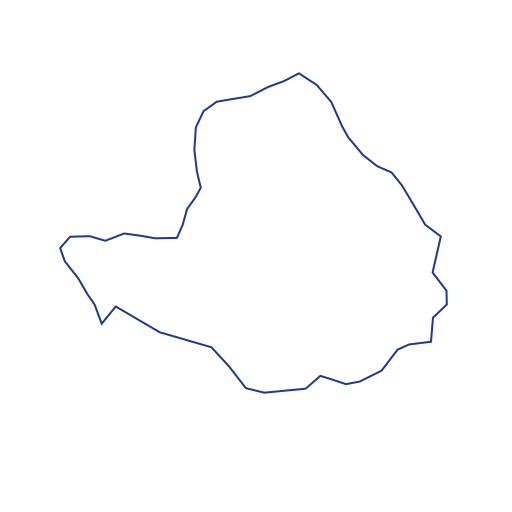 the district of Genagra, Cyprus, rotated 156°
{"feature_id": "46923920B92957944756443", "entity_name": "Genagra", "entity_type": "district", "adm_level": 2, "iso_a3": "CYP", "parent_name": "Cyprus", "parent_adm1": "", "projection": "albers", "projection_center": [33.696, 35.21], "detail": "fine", "context": "isolated", "style": "outline", "palette": "blue", "viewbox_px": 512, "rotation_deg": 156, "n_neighbors": 0, "source": "geoboundaries", "source_scale": "gbopen_adm2", "svg_char_len": 855}
<svg xmlns="http://www.w3.org/2000/svg" viewBox="0 0 512 512"><g transform="rotate(156 256 256)"><path d="M264.6,114.6L246.0,120.3L237.5,112.9L225.9,102.3L212.2,99.1L187.9,100.2L164.7,112.9L152.1,112.9L131.0,106.5L119.4,127.7L101.4,134.1L96.1,146.8L101.4,169.1L79.2,198.7L88.7,215.7L91.9,244.3L94.0,261.3L98.2,277.2L108.8,288.8L117.2,304.7L123.5,327.0L124.6,339.7L124.6,366.2L130.9,387.4L142.5,405.4L159.4,404.4L176.3,405.5L196.3,404.4L212.2,408.6L229.1,412.9L244.9,409.7L258.6,398.0L269.2,377.9L275.5,357.7L278.7,340.8L287.1,334.4L299.8,327.0L310.3,314.3L320.9,304.7L340.9,313.2L353.6,321.7L367.3,330.2L387.4,331.2L400.0,341.8L418.0,349.2L431.7,342.9L432.8,329.1L427.5,307.9L425.4,288.8L423.2,277.2L424.5,256.9L404.7,266.9L375.0,225.5L333.8,190.7L325.5,165.9L319.0,139.4L304.1,127.8L264.6,114.6Z" fill="none" stroke="#1e3a8a" stroke-width="2"/></g></svg>